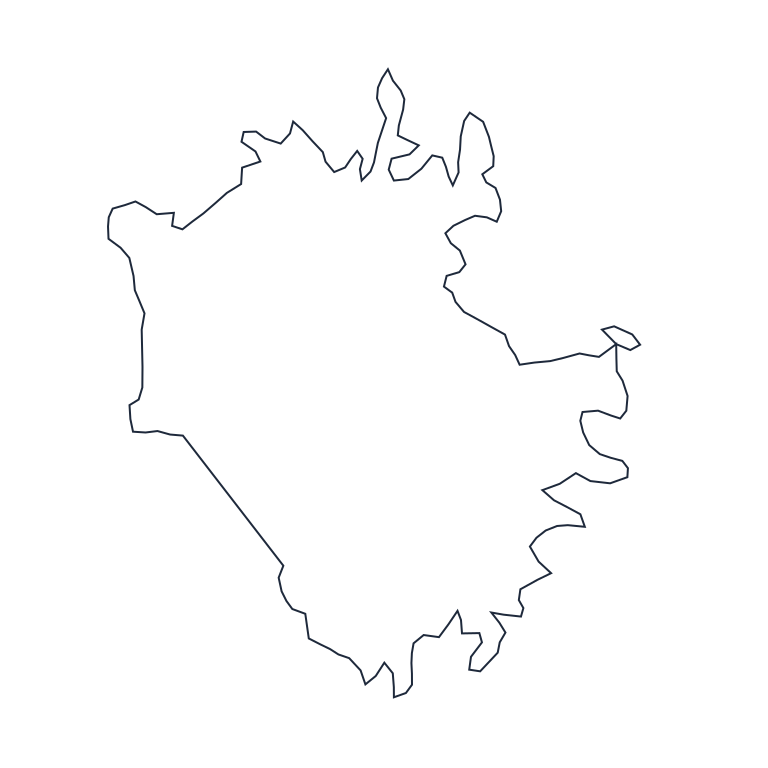 outline of Alegria, Rio Grande do Sul, Brazil, rotated 84°
{"feature_id": "56859067B68819599415533", "entity_name": "Alegria", "entity_type": "district", "adm_level": 2, "iso_a3": "BRA", "parent_name": "Brazil", "parent_adm1": "Rio Grande do Sul", "projection": "mercator", "projection_center": [-54.067, -27.808], "detail": "fine", "context": "isolated", "style": "outline", "palette": "slate", "viewbox_px": 768, "rotation_deg": 84, "n_neighbors": 0, "source": "geoboundaries", "source_scale": "gbopen_adm2", "svg_char_len": 2752}
<svg xmlns="http://www.w3.org/2000/svg" viewBox="0 0 768 768"><g transform="rotate(84 384 384)"><path d="M368.6,148.9L379.5,167.4L376.9,177.1L374.1,186.3L376.9,203.4L378.6,216.4L378.4,232.2L379.0,247.1L368.9,250.5L359.4,255.7L347.5,258.5L338.4,271.5L328.9,285.0L320.7,296.9L309.8,304.3L300.3,306.6L293.4,314.2L283.0,310.4L280.6,297.4L273.5,290.4L259.2,294.6L251.0,302.8L240.5,307.2L233.9,298.4L229.4,286.2L226.2,275.9L229.0,264.3L234.4,254.9L224.4,249.4L212.8,249.4L200.7,252.6L194.2,261.2L185.7,264.3L178.8,252.6L168.9,251.1L158.3,252.6L149.2,253.8L133.6,258.0L123.1,270.4L130.8,276.8L145.8,281.8L158.9,283.9L171.2,287.1L181.4,287.7L193.7,294.8L184.5,298.0L174.5,299.7L165.0,302.4L161.7,312.1L173.8,324.3L182.7,338.4L182.7,352.9L171.3,356.9L160.7,352.9L158.3,334.6L150.3,324.5L143.6,335.6L138.2,344.3L128.4,342.2L113.1,336.3L102.9,334.0L93.9,336.7L83.3,343.4L71.4,347.2L79.6,353.9L88.5,359.0L99.1,361.1L108.8,358.4L119.8,354.1L133.9,360.5L143.6,364.9L152.2,367.6L162.6,370.8L171.3,375.2L179.3,384.9L167.8,385.5L157.8,381.7L149.4,386.3L156.8,393.5L164.6,400.0L168.0,411.4L156.8,418.9L147.0,420.6L135.1,429.7L123.1,438.3L113.5,446.9L125.0,451.3L134.1,461.6L127.4,476.6L119.6,484.8L118.7,497.2L128.2,500.4L139.3,487.5L149.8,483.7L154.0,502.5L170.2,505.2L177.5,520.3L186.0,532.1L195.5,545.8L202.4,557.6L209.1,568.3L204.6,578.2L191.8,575.1L191.4,592.3L183.2,602.4L176.5,612.1L179.0,623.0L181.2,635.5L189.4,640.3L198.5,642.0L210.8,642.8L221.0,631.7L232.0,624.1L250.4,621.8L264.7,622.0L275.9,618.6L288.7,614.8L304.6,619.3L341.8,622.4L362.2,624.7L373.8,629.6L378.4,639.3L392.4,639.9L405.2,638.6L407.3,626.2L407.1,614.2L411.9,602.0L414.3,589.4L554.2,503.1L565.6,509.0L579.5,507.5L589.6,503.7L598.2,498.7L604.3,486.3L618.2,485.8L629.2,485.4L636.3,474.5L642.1,465.2L648.2,457.6L653.0,447.3L666.4,437.2L680.8,433.9L673.5,422.7L661.2,412.8L672.6,405.5L686.5,405.9L696.6,406.9L693.6,394.5L686.0,387.6L675.0,386.5L664.4,385.9L654.5,384.4L645.0,381.7L637.8,370.8L641.5,355.8L629.6,344.9L617.3,334.6L626.8,332.1L640.2,332.5L641.7,315.2L651.2,313.6L664.4,326.0L677.0,329.1L679.8,318.4L663.1,299.0L653.0,295.9L643.9,289.2L633.5,294.2L622.5,301.1L625.9,289.2L629.6,272.1L621.4,268.8L613.0,272.5L602.4,269.8L594.8,251.9L589.6,237.6L576.8,248.8L560.9,255.9L552.8,248.4L546.6,238.5L543.3,226.7L543.6,216.0L547.0,199.2L534.1,202.3L525.6,214.7L517.4,227.1L506.1,237.6L501.6,219.6L492.7,202.5L502.1,188.9L506.4,169.5L502.1,151.7L493.2,150.2L485.4,155.0L481.1,166.2L476.3,176.7L466.2,186.3L453.0,191.0L441.1,192.6L432.6,189.5L432.9,173.9L439.1,161.5L443.0,152.7L435.9,145.8L421.4,143.0L405.6,146.4L395.7,151.2L382.9,150.2L368.6,148.9ZM368.6,148.9L376.0,135.5L371.7,125.2L360.7,131.9L350.7,149.1L352.7,161.5L368.6,148.9Z" fill="none" stroke="#1e293b" stroke-width="2"/></g></svg>